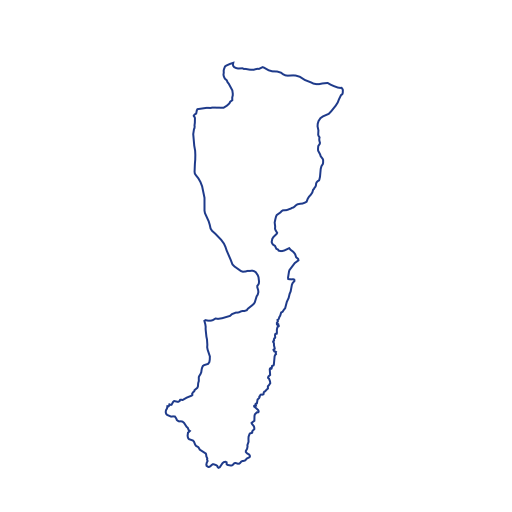 outline of El Guacamayo, Santander, Colombia, rotated 250°
{"feature_id": "7082276B46151472221862", "entity_name": "El Guacamayo", "entity_type": "district", "adm_level": 2, "iso_a3": "COL", "parent_name": "Colombia", "parent_adm1": "Santander", "projection": "albers", "projection_center": [-73.559, 6.254], "detail": "fine", "context": "isolated", "style": "outline", "palette": "blue", "viewbox_px": 512, "rotation_deg": 250, "n_neighbors": 0, "source": "geoboundaries", "source_scale": "gbopen_adm2", "svg_char_len": 6098}
<svg xmlns="http://www.w3.org/2000/svg" viewBox="0 0 512 512"><g transform="rotate(250 256 256)"><path d="M384.8,393.9L385.1,392.7L386.3,390.5L389.0,387.3L391.4,384.8L394.1,382.5L395.4,377.5L395.9,374.2L396.8,371.6L398.4,368.9L400.1,367.3L404.7,362.1L409.4,358.5L412.0,355.0L413.0,352.7L414.6,347.5L415.7,345.4L417.5,343.6L419.7,342.2L422.1,339.0L424.0,334.4L426.2,331.4L430.3,327.9L431.2,326.8L430.8,322.8L431.4,321.4L431.7,319.3L431.8,317.5L433.2,313.9L435.3,310.3L435.9,308.6L437.0,307.5L438.3,303.3L439.4,301.6L440.9,300.1L442.5,299.6L443.9,299.8L445.3,300.7L445.4,297.2L445.1,293.3L444.7,291.7L442.5,289.8L441.2,289.0L439.3,288.4L437.4,287.4L435.6,287.2L433.3,287.4L431.1,288.6L428.9,288.7L427.3,289.3L419.7,290.4L416.5,289.7L414.9,289.1L413.1,287.9L410.5,287.0L409.8,284.5L409.0,283.8L408.2,282.5L407.2,280.0L406.4,276.2L410.0,266.8L410.5,265.3L410.6,264.1L412.1,260.3L414.0,251.2L413.1,250.2L410.3,248.5L410.0,246.9L409.2,245.5L408.7,245.4L407.6,245.8L406.5,245.8L402.1,244.1L399.8,242.9L398.6,242.6L397.2,241.9L396.4,241.1L392.0,238.7L380.8,235.7L375.7,234.8L371.6,233.5L367.2,231.8L363.5,230.1L356.2,227.1L354.3,226.7L352.3,227.2L348.7,228.4L344.5,229.1L339.9,229.2L328.3,227.5L316.2,223.1L313.7,222.7L304.8,223.4L301.1,223.2L297.3,222.7L294.7,223.3L290.8,225.4L283.1,228.8L278.6,230.1L275.0,230.4L271.2,230.3L261.2,230.9L256.1,231.0L253.5,232.2L247.0,236.7L245.7,238.3L245.0,241.0L244.9,242.8L244.0,245.3L243.6,247.3L242.4,249.0L240.9,250.2L237.3,251.1L235.2,251.1L230.9,250.1L229.1,249.2L228.3,248.3L227.5,247.0L226.0,246.5L223.5,246.4L221.3,245.9L219.1,244.4L217.9,242.8L213.0,239.1L212.0,237.9L211.2,236.1L209.2,230.2L208.2,228.8L208.3,226.1L208.9,224.7L209.1,222.9L208.9,221.0L209.1,219.3L209.7,217.8L209.6,213.5L208.6,211.1L209.1,203.0L209.9,198.8L211.1,196.6L210.5,193.4L210.7,191.5L211.6,188.9L213.0,186.6L212.7,185.3L209.1,185.0L206.7,184.5L204.7,183.7L202.4,183.1L197.1,181.8L194.3,181.4L189.2,179.9L186.9,178.9L184.5,178.5L177.4,178.3L174.4,177.1L172.3,175.9L171.0,174.1L171.2,169.9L170.8,168.4L169.4,167.1L168.1,166.2L165.5,164.8L164.0,163.4L162.6,161.6L161.7,160.8L158.1,159.5L156.3,158.2L153.3,156.8L152.2,155.8L151.0,152.4L150.0,151.7L149.4,150.1L148.4,148.9L147.2,148.7L146.8,147.8L146.6,142.5L145.8,137.8L145.9,137.4L146.6,136.5L146.8,135.5L145.8,134.6L145.6,132.8L147.7,129.5L147.3,128.3L145.1,125.7L145.3,124.9L146.2,123.9L145.0,123.0L144.6,122.3L145.2,121.4L143.1,120.2L142.2,119.0L141.1,118.2L139.9,117.7L138.4,117.6L137.0,118.2L134.1,121.3L133.6,123.4L132.9,124.9L130.5,125.5L129.0,125.5L128.0,126.1L126.9,127.1L126.4,128.8L125.5,130.3L123.8,131.3L119.1,132.4L118.0,133.1L115.3,133.2L114.2,134.0L113.7,132.9L113.3,131.7L110.6,130.3L109.2,130.0L107.7,130.0L106.8,130.4L104.2,133.6L102.8,134.2L99.6,134.3L98.1,134.7L96.1,136.4L94.3,136.8L93.3,136.9L87.5,141.3L86.3,141.2L84.6,140.8L82.5,141.0L81.5,140.4L79.9,140.4L78.7,139.1L77.0,138.0L75.7,137.8L74.0,139.1L73.8,140.1L74.1,141.4L74.8,142.9L75.1,144.4L74.3,145.6L73.1,147.0L72.0,147.8L70.7,147.8L69.8,148.3L69.9,149.7L72.8,153.7L73.3,155.2L73.1,156.9L72.2,157.8L70.3,157.2L69.4,157.8L68.3,159.7L67.6,160.9L67.5,162.3L68.7,164.8L68.5,166.0L67.0,167.9L66.6,169.3L67.0,170.4L67.8,171.7L68.0,173.1L67.7,174.1L67.6,175.7L68.0,176.7L68.8,178.0L69.1,180.9L69.5,181.6L70.4,181.9L71.7,181.7L73.6,180.1L75.3,179.4L76.3,179.8L77.9,181.7L79.9,182.9L81.2,183.2L83.9,185.4L87.1,186.5L88.7,187.2L90.9,189.0L91.4,189.9L91.1,191.6L91.4,192.1L92.2,192.3L92.9,193.0L93.9,195.2L95.0,195.6L96.6,195.8L99.6,194.8L100.6,194.7L101.1,195.9L101.7,198.1L106.3,199.9L107.6,200.8L108.8,203.3L108.4,204.2L108.4,204.8L109.2,205.4L110.6,205.3L114.2,203.4L115.1,202.8L115.7,202.9L115.9,203.3L115.6,203.9L115.4,204.8L117.0,204.9L117.3,205.4L117.2,206.4L120.6,208.4L121.4,210.3L122.2,211.1L122.8,211.1L123.2,211.9L123.9,212.6L124.1,213.4L123.5,214.5L123.5,215.7L125.2,216.7L125.7,217.5L125.7,218.3L126.7,220.1L127.4,221.9L129.3,222.5L129.8,223.0L130.0,223.7L131.6,225.9L133.5,226.3L135.1,226.3L136.2,226.3L137.1,225.7L137.8,225.8L138.6,226.6L139.4,228.6L143.6,229.8L144.9,230.2L145.5,230.7L145.6,231.2L145.0,231.3L144.8,231.9L145.4,232.5L147.2,233.5L147.2,235.0L147.8,235.6L155.4,239.2L156.4,240.1L157.0,241.3L158.2,241.3L159.0,242.0L160.0,241.1L160.1,240.6L161.3,240.3L162.0,240.4L162.3,241.7L162.7,242.0L165.8,242.3L167.5,242.9L168.7,243.0L169.4,242.7L169.9,242.9L170.0,243.6L170.5,244.1L171.1,244.1L172.3,244.9L172.4,245.6L172.9,246.2L175.2,246.8L176.2,247.6L176.2,248.3L175.9,248.8L176.5,249.3L179.4,250.3L180.8,251.1L181.8,251.9L182.1,252.4L182.2,253.3L183.0,253.6L183.6,252.8L184.1,252.5L184.6,253.4L185.1,253.1L185.3,252.5L186.0,252.7L187.1,254.2L188.5,254.3L188.6,255.2L189.4,256.1L190.6,257.0L191.6,258.3L194.3,260.3L194.5,261.9L196.1,264.0L196.9,265.5L202.4,269.3L205.4,272.3L209.0,274.7L210.8,276.4L216.7,279.9L218.0,281.1L219.4,283.6L220.7,283.9L221.4,283.1L222.0,281.2L222.9,279.1L223.4,278.4L224.7,278.7L230.1,281.7L231.3,282.6L236.1,290.0L237.4,294.4L238.9,294.6L241.1,293.3L244.2,293.4L246.0,292.9L247.4,292.3L250.0,290.6L252.0,289.9L251.5,284.5L251.7,282.3L252.2,280.8L253.3,279.1L254.5,278.9L255.8,277.6L259.0,277.3L261.0,275.8L262.5,275.5L263.8,275.5L266.6,277.2L267.9,278.9L269.8,283.1L270.5,283.8L273.5,283.2L275.1,283.2L277.2,284.1L281.1,285.0L284.0,286.8L286.2,288.3L287.4,289.5L288.6,293.9L289.4,295.4L289.7,296.9L288.7,300.2L288.6,302.1L288.7,303.5L288.6,304.8L288.9,306.0L288.8,307.6L289.2,309.1L289.9,310.6L290.4,312.6L290.0,315.3L289.4,317.5L289.4,320.0L289.7,322.1L292.1,324.2L293.6,326.1L294.8,328.4L296.4,330.6L298.8,332.4L299.2,333.4L300.0,334.2L300.7,335.4L301.6,336.3L303.7,337.4L304.5,338.2L305.2,339.5L305.5,341.1L306.2,341.7L308.5,343.2L315.7,346.6L318.0,348.2L319.6,350.3L320.8,351.0L323.2,351.9L324.4,351.9L327.7,350.9L329.5,351.0L333.7,350.4L335.2,350.8L338.0,352.1L339.6,354.3L340.5,354.8L342.8,355.0L344.2,355.4L345.8,356.3L347.2,355.9L348.6,355.9L352.7,357.6L356.8,358.2L359.1,359.2L361.4,360.9L363.5,363.7L364.3,366.7L364.7,373.0L366.3,376.2L370.0,382.3L372.3,385.3L374.8,387.5L378.1,390.9L378.5,392.4L379.6,393.3L382.3,394.4L383.6,394.3L384.8,393.9Z" fill="none" stroke="#1e3a8a" stroke-width="2"/></g></svg>